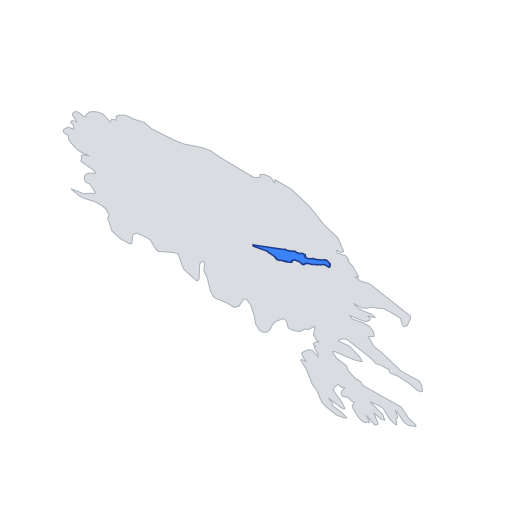 Hrunamannahreppur, Suðurland, Iceland (highlighted), rotated 220°
{"feature_id": "244011B85072287894251", "entity_name": "Hrunamannahreppur", "entity_type": "district", "adm_level": 2, "iso_a3": "ISL", "parent_name": "Iceland", "parent_adm1": "Suðurland", "projection": "equal_earth", "projection_center": [-19.797, 64.432], "detail": "fine", "context": "in_parent", "style": "filled", "palette": "blue", "viewbox_px": 512, "rotation_deg": 220, "n_neighbors": 0, "source": "geoboundaries", "source_scale": "gbopen_adm2", "svg_char_len": 8529}
<svg xmlns="http://www.w3.org/2000/svg" viewBox="0 0 512 512"><g transform="rotate(220 256 256)"><path d="M401.4,195.5L406.3,195.7L414.1,194.1L425.3,189.5L430.0,188.5L441.0,188.5L427.9,193.0L423.1,197.8L419.6,200.2L419.7,201.3L429.2,204.3L433.6,203.3L435.6,203.7L437.5,205.1L438.8,207.9L438.2,210.8L435.6,213.7L432.1,216.2L432.6,216.9L435.6,217.3L451.0,215.9L452.9,219.4L454.3,220.6L454.0,221.9L448.0,225.7L455.1,223.3L460.8,222.6L470.7,223.8L474.8,225.2L477.3,227.7L482.1,226.9L484.4,228.3L484.6,229.8L482.7,234.0L477.0,236.0L480.6,239.0L483.6,239.1L484.1,239.8L483.9,241.6L479.5,243.7L487.1,246.0L488.1,246.9L487.7,249.6L486.6,251.1L484.4,252.0L479.0,252.1L475.8,253.1L477.0,254.8L476.2,259.3L472.2,263.1L468.4,265.1L464.5,266.4L453.8,264.9L454.4,268.1L450.6,270.1L451.4,271.8L452.8,272.7L452.3,274.8L447.6,279.2L444.2,280.7L437.3,282.4L427.5,286.5L417.5,286.4L392.9,292.2L383.2,295.4L366.0,304.9L358.6,307.4L346.0,308.6L308.0,314.8L303.8,318.6L303.6,319.4L305.3,320.9L302.5,323.6L296.7,325.5L294.0,325.5L289.3,323.9L288.7,324.6L290.6,326.6L271.9,329.9L246.1,328.2L223.2,323.5L205.0,322.6L192.2,316.1L191.9,315.1L193.3,313.1L197.9,312.3L195.7,310.3L188.0,313.7L185.5,313.6L182.2,312.3L182.1,310.9L175.6,310.4L164.6,306.3L163.8,305.4L166.4,304.0L165.9,303.8L159.9,304.0L151.1,307.7L99.1,309.2L97.4,307.2L95.4,299.9L97.3,296.8L99.5,297.1L105.4,301.2L119.4,298.9L125.1,297.4L130.4,293.4L133.4,292.1L137.7,287.0L142.0,283.9L150.8,282.5L143.0,281.6L129.8,285.6L125.4,285.6L127.5,283.8L132.1,281.9L129.0,281.7L127.8,280.8L127.7,278.9L130.1,275.9L145.6,270.6L142.0,269.6L131.2,273.6L123.4,275.1L117.1,273.2L114.1,270.7L114.4,269.6L118.1,266.4L117.6,265.8L115.0,265.5L108.3,262.5L97.4,262.8L70.7,261.1L50.4,265.2L45.6,263.3L41.7,259.3L42.6,257.7L46.2,256.8L56.1,256.9L70.7,255.0L77.3,252.7L79.9,253.3L81.1,254.4L90.1,252.6L94.9,250.6L102.9,251.6L133.1,250.5L137.0,247.8L138.6,244.6L138.0,243.9L126.8,246.9L124.3,246.8L111.5,245.2L106.9,243.5L108.5,242.1L115.4,239.0L132.8,233.9L135.2,232.9L135.5,231.7L128.7,229.5L115.7,230.1L112.4,227.6L101.7,226.1L94.5,227.0L90.7,225.5L48.1,233.6L34.5,229.8L24.8,229.2L23.9,228.1L29.8,224.5L33.7,223.9L37.7,224.2L45.1,226.7L50.2,227.4L43.9,223.8L43.7,220.3L41.7,219.4L39.8,217.1L40.7,216.4L48.4,216.9L60.7,220.9L66.8,220.2L74.8,217.6L57.1,216.1L51.8,213.0L55.7,211.3L64.9,211.6L54.9,206.2L54.4,205.2L56.2,202.8L68.9,204.9L62.3,201.7L62.1,201.0L64.1,200.4L65.2,198.5L68.4,197.7L74.8,198.4L84.7,202.0L86.1,203.1L86.4,206.8L90.3,206.3L95.0,206.8L98.9,204.2L101.6,204.8L103.6,207.1L103.2,212.1L106.0,210.4L110.7,210.3L111.5,206.1L110.7,202.8L95.6,199.0L89.7,196.2L90.4,195.3L93.4,194.5L109.3,193.8L102.5,192.2L100.9,190.5L88.8,191.1L82.8,190.5L82.7,189.6L85.1,188.4L92.5,185.8L106.4,185.6L111.9,186.3L122.5,191.9L131.0,194.2L145.3,201.9L154.5,204.8L154.9,205.6L153.3,206.5L149.8,207.5L155.2,208.8L158.5,210.9L158.7,211.7L155.6,218.0L152.1,220.0L143.6,218.8L145.6,220.8L151.7,222.9L153.0,224.1L152.1,225.3L155.0,224.9L155.9,225.6L154.5,229.2L153.0,230.5L158.0,231.2L161.5,233.0L165.7,240.2L168.1,234.6L169.3,232.6L171.4,231.8L173.9,226.2L179.7,222.9L185.0,221.6L190.5,225.5L194.5,225.9L198.7,219.0L199.2,214.0L198.0,208.4L198.8,204.5L201.5,202.1L205.1,201.4L212.7,203.7L219.1,209.2L228.7,215.2L235.4,216.7L236.5,216.5L237.7,214.6L236.7,206.7L239.8,202.5L247.7,201.5L259.7,197.7L262.4,197.6L268.3,199.8L279.0,207.7L286.6,211.3L290.6,217.2L292.4,218.3L294.0,216.5L294.1,213.9L284.8,201.7L284.7,200.1L285.5,198.8L302.0,199.4L305.7,200.8L317.2,207.7L322.8,204.8L333.7,196.7L337.5,196.9L347.1,200.3L350.8,200.0L361.8,197.0L364.1,193.2L359.1,185.5L361.1,184.0L371.2,182.1L382.3,182.5L394.0,189.6L394.6,192.9L401.4,195.5Z" fill="#d9dde1" stroke="#a8b0b8" stroke-width="1"/><path d="M193.7,297.2L194.1,297.2L194.1,297.5L194.5,297.7L194.9,297.7L195.1,297.8L195.3,297.7L195.5,297.6L195.9,297.8L196.1,297.9L196.3,297.9L197.1,298.0L198.1,298.0L198.3,298.1L198.7,298.2L198.9,298.2L199.2,298.0L199.5,297.7L200.2,297.7L200.3,297.7L200.6,297.4L201.1,297.3L201.2,297.1L201.0,296.9L201.3,296.8L201.6,296.6L201.6,296.4L201.9,296.1L202.0,296.0L202.1,295.9L202.4,295.8L202.6,295.7L203.0,295.3L203.1,295.2L203.4,294.9L203.7,294.7L203.9,294.6L204.2,294.4L204.4,294.3L204.6,294.3L204.7,294.2L205.0,294.0L205.2,293.8L205.5,293.6L205.7,293.4L206.0,293.2L206.2,292.9L206.7,292.7L207.1,292.3L207.4,292.3L207.6,292.2L208.0,292.1L208.3,291.9L208.4,291.7L208.6,291.6L209.1,291.2L209.4,291.2L209.7,291.2L209.9,291.0L210.0,290.9L210.5,291.0L210.8,290.9L210.8,290.7L211.0,290.5L211.1,290.3L211.1,290.1L211.7,289.7L211.9,289.5L212.6,289.0L212.7,288.6L212.9,288.5L213.0,288.4L213.3,288.2L213.6,288.1L214.0,287.8L214.2,287.7L214.3,287.6L214.5,287.5L214.8,287.3L215.0,287.3L215.4,287.3L215.7,287.2L216.2,287.0L216.4,286.9L216.7,286.8L217.1,286.7L217.5,286.6L217.5,286.8L218.0,286.8L218.1,287.0L218.1,287.3L217.8,287.5L218.3,287.7L218.4,287.9L218.5,288.0L218.7,288.3L218.8,288.4L219.2,288.4L219.3,288.5L219.4,288.4L219.4,288.5L219.9,288.3L220.2,288.1L220.7,288.2L220.8,288.1L221.0,288.1L221.4,288.1L221.8,288.0L222.0,287.9L222.3,287.8L222.6,287.4L223.1,287.0L223.2,286.9L223.4,286.8L223.4,286.7L223.7,286.4L223.8,286.2L224.0,286.1L223.9,286.0L224.0,285.9L224.3,285.8L224.6,285.6L224.8,285.6L225.6,285.5L226.2,285.3L226.4,285.0L226.4,284.9L226.6,284.9L226.8,284.9L227.1,284.7L227.5,284.8L228.0,284.7L228.4,284.8L228.8,284.7L228.9,284.8L229.6,284.6L229.8,284.4L229.7,284.2L229.9,283.9L230.4,283.7L230.5,283.6L230.8,283.4L230.9,283.2L231.1,283.2L231.5,283.1L231.8,282.9L231.8,282.7L232.0,282.4L232.1,282.2L233.0,281.8L233.2,281.7L233.3,281.5L233.7,281.4L233.8,281.4L234.2,281.3L234.2,281.2L234.6,280.8L235.2,280.6L235.3,280.4L235.9,280.2L236.2,280.2L236.4,280.2L236.6,280.1L237.5,280.1L237.8,280.0L237.8,279.9L238.2,279.7L238.3,279.6L238.5,279.4L238.9,279.1L238.9,278.9L253.6,269.8L265.4,262.6L264.5,261.8L256.4,264.7L252.6,266.2L250.5,266.8L250.4,266.8L250.0,266.9L249.7,266.9L249.4,266.7L249.2,266.7L248.9,266.8L248.7,266.9L248.4,266.7L248.2,266.7L248.0,266.9L247.6,266.8L247.1,266.9L247.1,267.0L246.9,267.1L246.4,267.2L245.8,267.2L245.3,267.1L244.9,267.1L244.2,267.3L243.5,267.6L243.1,267.6L242.9,267.4L242.5,267.4L242.2,267.4L241.7,267.6L241.4,267.6L241.2,267.6L240.9,267.7L240.5,267.6L240.7,267.4L240.4,267.4L240.2,267.2L239.7,267.0L239.4,266.9L239.1,266.9L238.8,267.0L238.7,267.2L238.5,267.3L238.3,267.3L238.2,267.2L237.9,266.8L237.9,266.6L237.6,266.6L237.2,266.9L236.9,267.0L236.7,267.3L236.2,267.3L236.0,267.5L235.9,267.5L235.6,267.6L235.3,267.6L234.9,267.8L234.5,268.2L234.3,268.3L234.2,268.5L233.7,269.0L233.5,269.3L233.5,269.5L232.7,269.6L232.4,269.5L232.2,269.4L231.9,269.5L231.7,269.8L231.5,270.2L231.3,270.2L231.1,270.1L230.6,270.4L230.0,270.6L230.0,270.8L229.7,270.8L229.4,270.9L229.6,271.0L229.3,271.1L229.1,271.2L228.7,271.2L228.7,271.3L228.8,271.4L228.5,271.5L228.3,271.7L228.4,271.8L228.2,271.9L227.5,272.0L227.1,272.2L227.0,272.4L226.7,272.5L226.5,272.8L226.2,273.0L225.7,273.2L225.7,273.3L225.6,273.5L225.3,273.5L225.1,273.6L225.0,274.0L224.7,274.1L224.7,274.3L224.8,274.6L224.7,274.7L224.7,275.0L224.8,275.2L225.1,275.2L225.4,275.4L225.5,275.5L225.4,275.6L225.5,275.7L225.5,275.8L225.1,276.0L225.1,276.4L224.8,276.6L224.6,276.7L224.5,276.9L224.5,277.1L224.3,277.2L224.3,277.4L224.0,277.8L223.7,278.0L223.3,278.0L223.1,278.1L222.9,278.2L222.6,278.3L221.9,278.5L221.5,278.6L221.2,278.6L220.9,278.8L220.6,278.8L220.2,279.0L219.7,279.2L219.2,279.4L218.0,279.4L217.6,279.5L216.3,279.6L216.1,279.6L216.1,279.4L215.5,279.3L215.3,279.3L215.0,279.4L214.9,279.5L214.2,279.9L213.9,280.0L214.1,280.4L214.1,280.5L213.7,280.9L213.4,281.1L213.2,281.3L213.2,281.8L213.3,282.0L213.2,282.3L213.3,282.4L213.2,282.5L212.6,282.8L212.2,282.9L211.9,283.2L211.6,283.3L211.4,283.4L211.3,283.5L211.2,283.7L211.2,283.8L211.2,284.0L210.9,284.2L210.6,284.2L210.1,284.6L209.8,284.7L209.4,284.7L208.8,284.8L208.4,285.0L207.9,285.4L207.6,285.5L207.3,285.7L207.1,285.9L207.0,286.0L206.8,286.4L206.4,286.6L206.2,286.8L205.9,286.9L205.6,287.2L205.1,287.5L204.9,287.8L204.6,287.8L204.4,287.9L204.1,288.1L203.9,288.3L203.5,288.4L203.5,288.5L203.3,288.6L203.0,289.1L202.9,289.3L202.5,289.7L201.3,290.4L200.3,291.2L200.2,291.5L199.9,291.8L199.7,292.2L199.6,292.3L199.2,292.6L198.3,293.0L198.0,293.3L197.4,293.6L197.2,293.6L196.7,293.6L196.3,293.7L196.1,293.8L194.7,293.9L194.4,294.0L194.2,294.1L193.1,294.0L192.9,294.1L192.7,294.3L192.7,294.8L192.7,295.0L192.8,295.2L192.8,295.3L192.6,295.5L193.0,295.7L193.1,295.8L193.2,296.0L193.3,296.5L193.2,296.6L193.2,296.8L193.3,296.9L193.5,297.1L193.7,297.2Z" fill="#3b82f6" stroke="#1e3a8a" stroke-width="1.5"/></g></svg>